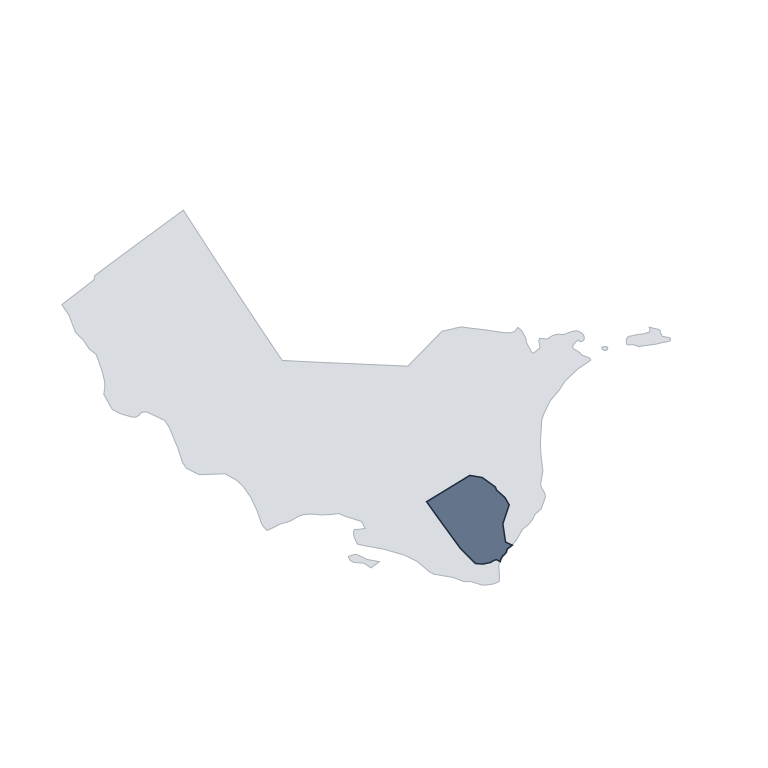 where Ash Sharqiyah North sits in Oman, rotated 74°
{"feature_id": "OMN-5496", "entity_name": "Ash Sharqiyah North", "entity_type": "Region", "adm_level": 1, "iso_a3": "OMN", "parent_name": "Oman", "parent_adm1": "", "projection": "albers", "projection_center": [59.003, 22.366], "detail": "fine", "context": "in_parent", "style": "filled", "palette": "slate", "viewbox_px": 768, "rotation_deg": 74, "n_neighbors": 0, "source": "natural_earth", "source_scale": "10m", "svg_char_len": 3543}
<svg xmlns="http://www.w3.org/2000/svg" viewBox="0 0 768 768"><g transform="rotate(74 384 384)"><path d="M218.9,671.8L215.7,663.8L212.6,655.8L209.4,647.8L206.2,639.8L204.0,634.2L200.0,632.1L197.8,626.1L195.5,620.1L193.2,614.0L190.9,607.9L188.6,601.9L186.4,595.8L184.1,589.7L181.8,583.6L179.6,577.6L177.3,571.5L175.1,565.4L172.8,559.3L170.6,553.3L168.3,547.2L166.1,541.1L163.8,535.0L161.6,528.9L169.7,526.5L179.6,523.5L189.5,520.5L199.4,517.5L209.3,514.5L219.2,511.4L229.0,508.4L238.9,505.3L248.7,502.3L258.6,499.2L268.4,496.1L278.2,493.0L288.1,489.9L297.9,486.8L307.7,483.6L317.5,480.5L327.3,477.3L333.3,475.3L336.0,467.4L338.3,460.9L340.5,454.3L342.7,447.7L345.0,441.1L347.2,434.6L349.4,428.0L351.6,421.4L353.8,414.8L356.0,408.2L358.2,401.7L360.4,395.1L362.6,388.5L364.8,381.9L367.0,375.3L369.2,368.8L371.4,362.2L373.4,356.1L370.0,350.2L365.5,342.2L360.8,333.9L356.3,326.1L353.1,320.3L349.2,313.5L349.9,304.7L349.9,300.4L350.5,293.7L354.6,284.5L359.4,272.8L363.0,265.0L366.0,258.2L368.4,252.8L369.8,247.1L369.3,243.1L367.8,241.7L366.5,239.7L371.0,236.8L379.1,235.1L383.7,235.6L390.0,234.2L395.0,233.0L395.4,231.3L394.1,228.3L392.1,223.9L385.0,223.3L382.9,222.0L385.5,215.7L385.5,213.7L384.6,211.2L383.7,207.2L384.3,202.0L385.8,198.5L385.9,195.7L385.3,189.8L385.7,184.6L387.2,182.1L389.8,179.7L392.3,178.6L394.9,178.7L396.9,179.8L397.7,182.5L397.1,184.4L395.7,184.6L395.1,185.4L397.1,189.1L400.1,192.7L402.4,192.1L405.1,189.4L407.9,187.2L411.3,185.2L413.9,181.4L416.1,178.9L418.0,178.6L423.3,194.4L431.2,209.3L438.4,217.5L445.8,228.7L457.2,239.0L462.5,242.5L483.9,249.9L495.6,252.7L511.7,255.3L522.9,260.9L526.7,261.3L532.6,259.7L536.8,259.8L547.5,267.4L550.7,274.6L555.1,278.4L559.1,284.3L561.7,290.6L570.8,300.1L577.2,310.8L583.8,318.7L589.6,323.6L598.5,325.5L605.6,327.7L606.4,333.0L605.7,339.9L604.4,345.0L597.8,355.0L596.3,361.2L588.8,371.3L580.7,388.3L577.0,392.1L563.8,400.9L554.2,411.5L542.7,429.8L533.8,447.9L530.5,453.7L523.4,454.9L518.8,454.4L515.6,452.6L516.9,447.7L517.6,442.1L513.4,442.7L509.7,443.8L500.8,457.4L496.0,463.3L494.9,470.8L492.5,480.6L489.0,489.5L487.4,497.1L487.4,501.4L489.9,511.8L490.0,522.5L491.4,529.0L492.6,536.7L488.4,539.0L484.8,540.2L470.8,540.9L456.5,543.2L443.9,547.5L436.4,551.8L426.5,561.6L420.2,586.7L410.5,597.2L404.0,599.3L388.4,599.9L366.4,602.4L358.6,604.8L345.4,619.9L344.3,624.7L346.7,628.2L347.4,632.1L346.1,635.7L340.1,645.3L333.6,652.2L316.7,656.2L310.6,653.4L305.0,651.9L294.1,651.4L276.3,652.5L269.5,657.5L259.1,660.9L249.4,666.3L231.3,667.8L218.9,671.8ZM413.8,138.4L412.7,139.7L411.2,139.8L407.6,138.6L405.6,135.8L406.0,132.5L406.3,126.4L407.4,120.6L407.2,114.5L404.5,113.2L402.5,113.5L407.2,105.0L409.0,103.7L410.7,104.3L414.9,103.4L417.1,98.8L418.9,96.2L420.8,96.6L421.6,98.0L420.9,105.1L420.7,111.1L418.1,129.2L415.6,132.3L414.4,134.9L413.8,138.4ZM544.4,465.0L540.8,465.9L539.8,465.5L539.8,457.9L548.1,448.4L553.5,437.4L557.2,447.2L550.7,452.7L547.2,462.1L544.4,465.0ZM412.5,163.2L410.2,164.7L408.6,164.4L409.0,161.2L410.0,159.0L412.3,159.3L412.9,160.6L412.5,163.2Z" fill="#d9dde1" stroke="#a8b0b8" stroke-width="1"/><path d="M574.3,305.0L575.8,308.8L576.0,309.6L576.4,310.8L577.5,311.6L579.5,312.7L581.7,316.2L582.0,317.2L582.7,318.1L585.0,320.3L586.8,321.2L583.8,324.4L583.9,327.4L584.9,330.5L584.4,338.5L581.7,345.7L574.9,349.4L562.9,356.0L550.5,360.5L537.4,365.3L523.3,370.4L508.9,375.5L495.5,326.7L501.0,315.3L513.7,305.4L517.1,305.0L526.4,299.1L534.7,297.0L551.2,308.3L569.4,310.7L573.0,306.7L574.3,305.0L574.3,305.0Z" fill="#64748b" stroke="#1e293b" stroke-width="1.5"/></g></svg>